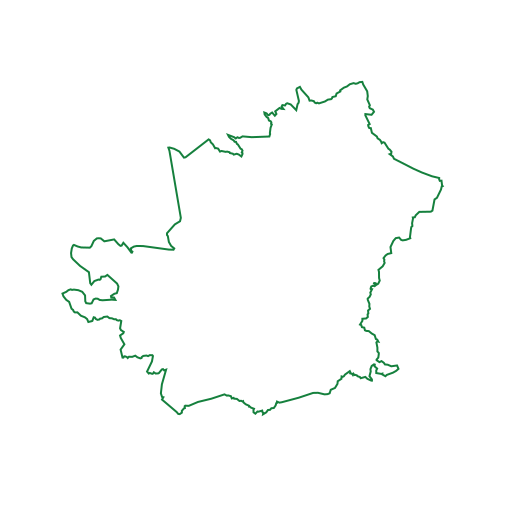 Mambasa, Orientale, Democratic Republic of the Congo (Mercator projection), rotated 348°
{"feature_id": "63176286B5401694360976", "entity_name": "Mambasa", "entity_type": "district", "adm_level": 2, "iso_a3": "COD", "parent_name": "Democratic Republic of the Congo", "parent_adm1": "Orientale", "projection": "mercator", "projection_center": [28.693, 1.532], "detail": "fine", "context": "isolated", "style": "outline", "palette": "green", "viewbox_px": 512, "rotation_deg": 348, "n_neighbors": 0, "source": "geoboundaries", "source_scale": "gbopen_adm2", "svg_char_len": 6094}
<svg xmlns="http://www.w3.org/2000/svg" viewBox="0 0 512 512"><g transform="rotate(348 256 256)"><path d="M147.1,394.3L148.5,394.8L150.9,393.8L151.3,392.0L153.8,390.1L154.8,390.0L155.0,388.1L155.7,387.7L159.1,388.6L168.9,386.7L182.7,386.3L196.4,384.8L198.6,386.6L199.6,386.5L202.3,387.9L202.7,390.3L204.6,390.1L204.9,391.0L207.6,391.8L209.7,394.4L211.3,394.5L212.6,395.5L213.2,395.3L213.3,396.6L215.1,398.9L218.0,401.0L217.9,401.9L218.7,402.1L219.6,403.3L222.3,405.0L221.5,406.1L221.1,408.4L222.6,410.1L225.1,408.4L226.0,408.8L229.9,408.5L229.9,410.3L230.6,410.9L230.0,412.3L233.5,411.1L235.7,409.1L237.7,409.4L239.4,408.1L241.8,408.4L244.1,406.3L245.2,404.2L245.8,404.2L246.3,402.8L248.4,404.3L250.8,404.4L268.3,403.5L283.4,401.8L288.2,402.7L294.3,405.6L297.4,406.0L299.5,405.6L301.3,402.4L305.8,401.5L309.1,398.0L309.9,395.5L314.0,393.9L314.7,391.6L315.7,392.2L316.9,391.9L318.4,390.5L323.8,388.1L324.2,389.8L323.8,390.4L325.5,391.3L326.0,392.5L326.8,391.4L327.6,392.9L328.7,393.0L330.1,394.0L330.3,394.7L332.5,396.0L333.0,397.3L337.8,397.0L339.4,399.3L342.9,401.9L343.5,402.0L343.7,400.8L342.0,397.1L344.2,392.8L344.4,390.5L346.3,387.6L348.9,386.5L349.6,386.9L349.0,388.5L351.1,391.3L349.8,393.0L349.3,395.5L354.1,397.4L355.2,397.3L355.0,398.2L357.6,400.5L359.2,399.5L365.7,398.6L369.2,397.5L371.9,396.0L371.2,392.4L365.4,392.0L362.2,389.7L359.6,388.9L358.8,387.0L356.9,384.9L354.7,385.5L352.3,383.0L352.4,382.4L354.5,380.8L355.8,377.2L355.9,376.2L354.9,374.6L355.7,370.9L355.8,365.6L357.0,364.7L357.8,365.1L357.2,363.0L356.0,362.1L355.6,358.1L353.1,355.9L350.7,352.9L348.3,352.2L347.1,351.3L347.0,348.6L344.8,347.6L344.6,345.4L343.5,344.7L346.6,341.5L347.0,339.5L350.7,340.0L352.7,338.9L353.0,336.3L353.9,335.6L354.3,332.6L356.5,331.4L356.3,328.9L357.0,326.4L356.2,322.0L356.4,320.9L358.6,319.6L360.3,317.4L360.2,315.6L362.6,312.6L361.3,312.1L361.3,311.7L362.4,309.8L364.2,309.4L365.7,310.2L366.9,309.6L367.2,309.1L365.7,307.4L366.0,307.0L367.4,307.5L368.1,309.1L369.8,308.5L371.9,305.8L371.8,303.1L373.0,297.1L372.9,295.0L377.8,292.4L380.4,289.5L380.2,287.9L380.8,286.2L380.3,284.6L382.9,282.4L385.2,281.4L388.9,281.3L389.4,275.2L393.5,269.8L396.4,267.6L399.8,267.7L401.3,270.4L402.7,271.2L406.1,271.4L410.6,270.7L410.5,269.6L413.5,261.0L414.0,259.9L415.2,259.2L415.5,256.4L417.4,251.9L417.4,250.9L419.4,251.1L420.7,249.4L424.9,246.8L436.2,249.0L438.0,248.3L442.4,237.8L445.1,236.7L450.8,229.4L452.1,226.6L453.1,226.4L452.7,225.6L453.1,220.9L451.4,220.7L451.1,219.0L451.4,217.8L444.7,214.6L435.6,208.8L428.2,203.4L411.2,189.6L410.6,187.1L408.0,184.2L409.5,184.0L410.2,182.2L409.0,179.8L407.8,178.6L405.3,171.9L404.0,171.1L402.4,171.8L402.1,169.9L401.3,168.1L399.4,166.2L399.1,164.3L395.0,159.6L394.9,154.8L393.4,154.4L392.9,152.7L392.9,151.2L394.6,150.6L392.2,141.1L392.5,139.9L398.4,141.9L401.4,139.5L400.7,137.1L398.0,135.1L397.7,133.5L398.7,132.2L397.4,126.0L398.6,122.8L399.0,118.0L396.5,110.5L396.2,107.8L393.4,107.5L391.4,108.2L389.4,108.3L387.4,107.2L383.5,107.5L380.2,109.1L377.0,109.6L372.7,111.5L372.7,112.6L368.6,113.8L367.2,116.3L363.8,116.4L363.0,117.7L362.0,118.2L358.8,118.0L355.5,119.2L349.3,119.8L347.8,118.8L346.6,119.1L345.3,118.1L344.8,116.6L342.5,115.4L340.7,115.2L340.2,111.7L335.0,102.7L334.1,99.7L330.9,100.6L330.0,101.9L330.2,113.3L329.5,115.0L328.2,116.2L325.7,121.7L321.5,115.0L318.3,113.1L317.1,113.4L315.7,114.8L313.2,113.9L312.1,115.2L313.4,117.9L311.4,117.3L309.8,116.1L304.9,118.5L305.5,121.3L303.6,122.7L301.6,119.0L299.5,119.8L298.5,120.7L297.2,120.9L296.0,118.7L294.0,117.4L293.9,119.3L295.3,122.3L296.6,123.6L296.8,126.1L298.4,127.3L298.8,128.5L298.2,129.9L298.8,130.6L296.9,133.6L295.1,138.7L295.2,139.6L293.9,141.9L276.6,138.9L267.7,136.2L265.0,137.1L263.9,137.0L262.5,136.0L260.6,136.8L259.4,135.3L253.8,131.7L254.4,134.0L255.9,136.2L258.2,138.2L258.8,139.8L260.2,140.2L260.6,142.3L261.5,143.2L263.2,147.8L264.3,148.7L264.7,150.2L263.6,151.8L264.2,152.6L263.9,153.6L262.4,155.6L260.3,153.2L258.4,152.0L255.3,152.2L254.6,151.1L251.9,149.9L251.7,149.0L249.5,147.9L247.9,147.8L244.1,146.1L242.5,146.4L241.3,143.1L239.1,142.0L238.4,142.1L237.1,137.9L235.4,135.4L235.1,133.3L233.9,132.1L207.6,144.8L206.0,144.8L202.8,137.9L198.2,134.1L194.0,131.9L192.8,131.8L193.2,135.1L190.4,203.1L188.9,206.2L183.2,208.2L173.7,215.2L173.3,216.9L173.9,218.2L173.7,224.2L175.1,228.5L177.6,231.6L176.6,232.7L172.1,231.6L147.6,222.8L141.5,221.4L138.5,221.4L135.2,222.5L135.0,225.0L136.0,226.0L135.4,226.9L134.8,226.8L132.0,220.6L129.0,215.5L126.7,217.9L125.5,217.9L123.8,215.8L120.7,210.3L110.7,210.1L107.8,206.5L105.7,205.9L104.0,205.7L100.5,207.5L97.0,212.2L95.2,213.3L86.8,211.3L83.5,209.6L80.2,207.3L79.2,207.7L77.4,210.3L75.7,214.7L75.3,218.7L76.4,221.2L81.9,229.2L89.2,237.1L88.2,248.1L89.0,249.9L92.7,246.9L97.0,246.3L98.2,246.8L99.1,246.4L100.4,244.1L104.1,244.7L106.7,243.6L114.4,254.1L115.1,257.1L114.0,260.2L112.1,263.4L109.6,263.5L105.8,265.0L105.8,266.4L108.5,267.1L109.3,269.7L105.8,268.7L96.7,267.4L94.0,266.5L92.3,264.9L90.3,264.3L88.1,264.7L85.4,268.1L83.7,268.1L80.1,266.8L79.6,264.8L80.6,259.0L78.6,254.9L75.1,252.5L70.9,251.0L69.0,250.9L67.8,250.1L65.4,250.4L63.0,251.6L58.9,252.5L59.3,255.5L61.3,259.5L63.7,262.0L64.6,269.2L65.9,270.8L66.2,272.4L67.1,273.5L69.6,274.0L72.3,278.0L75.9,280.4L77.7,282.6L78.3,285.7L82.4,285.5L84.5,282.2L85.7,282.8L86.2,284.3L87.7,285.5L89.6,285.5L90.4,284.9L92.4,285.0L94.4,284.0L98.0,284.3L99.7,286.3L102.1,287.0L104.1,288.4L105.8,288.7L106.5,289.8L108.0,290.6L109.4,290.5L110.7,291.6L108.0,298.5L108.5,300.4L110.9,302.8L110.1,304.0L106.5,305.5L106.7,308.1L108.9,315.0L104.1,319.4L104.3,327.6L105.2,327.8L106.2,326.8L106.8,326.8L108.7,328.0L109.3,329.1L110.8,328.1L113.9,328.9L117.2,328.4L118.9,330.4L121.6,332.1L122.8,332.0L123.2,331.1L125.0,330.3L128.2,330.6L129.6,331.5L131.5,330.9L134.0,331.5L134.4,332.4L132.3,337.5L125.4,346.4L126.7,348.7L127.7,348.3L130.0,349.7L130.8,349.6L131.9,348.5L133.4,350.1L135.9,350.5L136.7,350.3L140.3,347.4L141.5,347.3L142.4,348.8L144.4,348.5L137.3,361.9L134.4,370.6L134.8,374.3L136.0,374.9L134.2,376.9L146.0,392.2L147.1,394.3Z" fill="none" stroke="#15803d" stroke-width="2"/></g></svg>